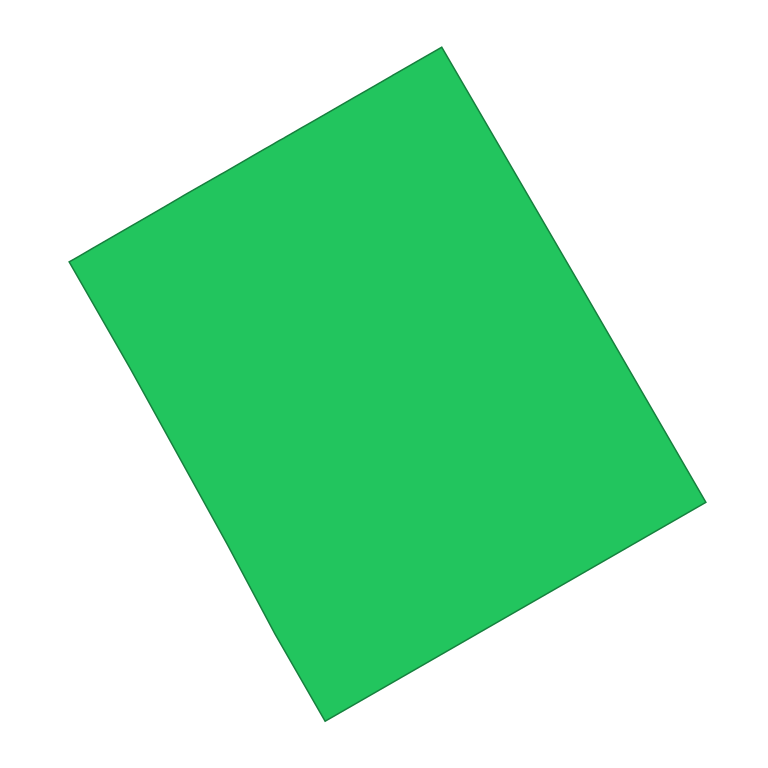 Perkins, South Dakota, United States of America (Natural Earth projection), rotated 330°
{"feature_id": "52423323B24972469519147", "entity_name": "Perkins", "entity_type": "district", "adm_level": 2, "iso_a3": "USA", "parent_name": "United States of America", "parent_adm1": "South Dakota", "projection": "natural_earth1", "projection_center": [-102.448, 45.492], "detail": "fine", "context": "isolated", "style": "filled", "palette": "green", "viewbox_px": 768, "rotation_deg": 330, "n_neighbors": 0, "source": "geoboundaries", "source_scale": "gbopen_adm2", "svg_char_len": 735}
<svg xmlns="http://www.w3.org/2000/svg" viewBox="0 0 768 768"><g transform="rotate(330 384 384)"><path d="M172.4,120.8L172.0,243.9L168.1,445.1L164.6,545.9L164.5,596.2L164.4,646.6L603.6,647.4L603.3,395.1L602.4,121.2L574.9,121.1L563.8,121.1L562.7,121.1L545.8,121.0L545.4,121.1L540.9,121.1L536.3,121.1L531.3,121.1L530.5,121.1L529.9,121.1L522.0,121.1L521.8,121.1L503.2,121.0L452.8,121.0L441.3,120.9L440.9,120.9L423.3,120.9L421.7,120.9L420.7,121.0L417.2,120.9L415.3,120.8L410.8,120.8L408.4,120.9L398.8,120.8L392.8,120.8L389.1,120.8L385.3,120.8L351.1,120.9L347.6,120.8L309.2,120.6L305.1,120.6L298.2,120.7L295.6,120.7L294.8,120.7L280.8,120.8L200.7,120.8L182.3,120.9L172.4,120.8Z" fill="#22c55e" stroke="#15803d" stroke-width="1.5"/></g></svg>